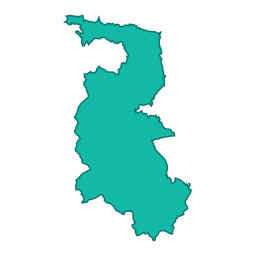 Teopantlán, Puebla, Mexico
{"feature_id": "50627088B18516269825492", "entity_name": "Teopantlán", "entity_type": "district", "adm_level": 2, "iso_a3": "MEX", "parent_name": "Mexico", "parent_adm1": "Puebla", "projection": "robinson", "projection_center": [-98.255, 18.735], "detail": "fine", "context": "isolated", "style": "filled", "palette": "teal", "viewbox_px": 256, "rotation_deg": 0, "n_neighbors": 0, "source": "geoboundaries", "source_scale": "gbopen_adm2", "svg_char_len": 5721}
<svg xmlns="http://www.w3.org/2000/svg" viewBox="0 0 256 256"><path d="M154.0,240.6L155.2,239.8L155.1,237.4L156.6,236.2L158.4,233.6L158.9,232.1L160.3,231.1L161.8,230.7L164.9,230.7L169.5,233.4L171.9,233.9L172.6,233.7L172.4,231.9L174.0,227.4L173.8,226.9L171.9,225.5L173.0,224.8L174.3,222.3L175.5,221.6L175.4,220.4L175.8,218.9L177.3,218.2L177.5,216.7L177.9,216.0L178.9,216.4L183.6,214.5L183.5,212.2L183.9,211.4L186.1,209.5L187.5,209.0L187.3,206.9L186.0,205.1L185.4,203.3L185.4,200.6L187.4,198.2L188.0,196.3L190.3,193.2L191.1,190.6L190.7,189.5L188.5,188.4L188.6,187.1L189.9,185.7L189.8,183.8L189.2,183.6L189.6,185.0L189.1,185.9L187.1,185.9L187.4,184.8L186.7,184.2L186.7,184.6L185.5,184.9L184.5,183.8L184.5,183.1L181.4,181.1L181.3,180.6L180.5,180.0L175.3,178.1L174.8,181.9L172.3,183.8L171.7,183.3L171.7,182.5L170.7,180.8L171.1,179.6L170.8,179.0L168.6,177.4L167.3,178.1L166.9,177.5L167.5,176.0L166.1,175.0L166.9,173.8L166.3,173.2L166.7,170.9L167.2,170.0L167.2,165.5L165.0,159.7L155.2,149.4L155.0,147.0L154.0,146.2L153.6,143.9L152.7,142.7L152.7,141.8L151.3,140.4L152.6,139.9L153.9,140.1L155.8,138.9L157.1,139.1L159.5,138.7L159.7,138.1L160.2,137.9L170.4,136.1L174.4,135.8L174.5,134.4L174.0,132.8L171.9,131.9L171.2,130.4L170.2,129.6L168.6,129.1L166.8,129.2L164.2,128.0L162.5,126.1L161.9,123.0L159.9,121.8L159.2,122.1L158.7,121.4L158.6,121.0L159.4,120.4L160.0,119.2L158.5,116.7L157.7,117.1L158.0,117.5L157.7,117.5L156.1,117.2L156.0,115.4L154.2,116.0L149.8,115.5L149.4,116.5L148.6,116.6L148.3,117.4L147.9,117.4L146.6,114.0L144.6,113.4L144.0,113.9L143.1,113.3L142.1,112.3L141.8,110.8L137.7,113.3L136.0,111.9L136.0,111.3L135.2,111.9L134.6,111.0L134.8,109.6L135.8,110.0L135.9,109.4L136.7,109.6L138.2,108.8L138.2,107.9L138.9,108.2L138.8,106.0L140.3,104.5L143.5,105.3L146.4,104.2L147.6,104.2L148.7,103.4L149.9,103.7L150.2,104.1L150.1,105.1L151.1,105.2L151.4,105.8L151.7,104.9L152.6,103.8L152.0,103.4L152.5,102.4L151.5,101.7L151.2,100.9L152.1,100.4L152.0,98.5L152.9,98.4L153.5,99.0L153.8,98.3L154.5,98.1L154.0,96.5L154.6,96.2L154.5,95.2L155.2,95.0L155.5,93.7L156.6,93.6L158.4,90.4L159.1,90.2L160.5,88.4L161.4,87.9L162.0,86.8L164.4,85.5L164.4,80.3L163.1,77.6L164.2,77.7L165.1,77.1L165.5,76.3L165.0,75.6L163.6,75.4L163.5,71.6L162.7,70.4L162.6,69.3L162.8,67.2L161.6,64.7L160.9,61.5L161.9,59.2L159.2,55.4L161.3,53.5L161.6,52.7L160.8,48.5L160.3,47.9L159.7,47.9L159.4,47.3L160.0,46.3L159.2,44.7L159.1,42.6L159.3,39.5L160.4,37.7L159.8,35.8L159.4,36.0L159.4,34.7L160.8,32.9L160.8,32.1L158.4,33.6L154.1,31.4L152.7,31.8L146.8,31.0L146.1,30.2L145.5,30.5L140.7,28.8L140.1,29.2L139.6,27.8L137.4,27.9L136.5,26.8L136.7,26.0L135.8,26.6L134.6,25.0L132.1,24.5L131.2,24.9L130.6,24.3L129.4,24.3L128.7,25.8L128.1,25.3L126.2,25.4L125.2,25.0L124.4,25.8L121.0,26.8L119.8,26.4L118.8,24.7L116.2,24.3L115.6,24.8L115.5,25.5L113.7,24.9L113.5,23.9L112.3,23.6L110.9,24.2L110.3,23.6L108.5,23.3L106.9,23.8L106.4,24.2L106.5,24.6L104.0,24.8L100.1,21.6L98.9,17.5L97.8,20.8L94.7,22.8L91.8,21.8L88.6,21.5L85.9,20.2L84.4,20.4L83.9,21.2L83.9,19.5L83.5,19.2L82.8,15.4L82.1,15.4L80.1,16.6L79.8,16.2L78.6,16.8L77.0,16.3L75.5,16.6L73.7,15.8L72.4,16.3L71.2,15.5L70.6,15.8L69.9,15.5L66.2,16.2L67.4,17.5L67.7,18.8L66.6,21.0L64.9,22.1L66.5,22.4L68.0,24.0L69.6,24.4L70.0,24.9L71.5,24.2L71.4,22.8L72.6,22.7L73.3,22.8L73.5,23.7L74.5,24.1L77.3,23.8L79.4,24.6L80.1,25.3L80.9,25.2L81.0,25.8L80.4,27.1L80.7,27.6L80.0,27.6L80.5,29.1L82.4,30.2L82.7,33.1L81.8,33.3L81.7,33.6L81.0,33.5L77.8,31.0L76.0,31.3L75.7,32.0L76.4,33.2L78.0,33.9L79.1,35.2L80.1,35.3L80.0,36.1L81.9,38.5L81.6,40.5L81.8,43.3L82.4,44.1L83.0,46.1L84.1,45.7L85.3,43.3L87.0,41.1L88.1,42.2L87.8,42.9L88.6,44.6L93.7,39.1L95.6,38.3L99.8,38.8L102.2,37.4L104.5,37.4L106.9,39.4L110.3,41.1L111.0,42.0L111.5,41.2L112.5,40.7L112.7,41.4L115.6,43.3L117.5,42.6L117.8,43.5L120.7,41.6L122.0,41.9L122.6,42.9L123.0,45.7L124.9,46.2L124.1,48.1L128.7,55.5L128.1,56.8L126.8,56.4L127.3,57.4L127.3,58.8L126.7,61.2L125.6,63.2L125.0,63.6L124.1,62.9L122.9,62.9L121.5,63.6L120.9,67.7L118.1,70.0L118.9,71.4L118.4,74.4L116.8,74.0L116.1,74.3L113.4,72.2L107.3,72.0L105.0,69.9L102.1,68.8L99.7,67.3L99.1,66.2L96.7,69.2L96.6,71.4L95.4,71.9L95.1,72.7L92.9,72.9L91.3,72.7L90.7,71.6L90.2,71.5L89.6,72.5L88.5,72.8L87.3,73.9L84.3,74.1L84.6,75.8L84.3,76.2L84.4,77.3L85.3,78.0L86.0,79.3L85.8,80.9L84.1,81.9L83.9,84.8L86.2,88.3L87.3,92.7L88.2,93.8L88.6,96.1L88.3,97.1L81.3,103.3L79.1,106.4L76.3,114.4L74.5,117.3L75.4,118.7L76.7,119.5L78.1,122.0L77.2,125.3L75.9,127.6L75.4,130.1L74.6,130.9L74.8,132.3L77.2,135.1L78.2,135.5L80.2,138.9L78.0,140.5L76.6,143.5L76.9,145.4L76.2,147.4L75.3,148.6L75.8,151.0L76.9,151.7L77.9,153.2L80.0,154.7L80.0,156.8L81.3,158.1L82.0,160.6L82.1,162.2L83.4,163.4L86.5,164.2L87.5,164.8L89.9,168.0L90.0,169.6L82.1,174.0L78.6,178.2L76.1,180.0L76.6,182.1L76.5,183.9L75.8,185.7L76.0,189.8L77.4,189.3L79.7,190.1L80.9,191.2L81.9,192.9L82.1,193.7L81.2,194.3L83.0,195.6L83.2,197.2L83.9,198.5L83.5,200.5L82.2,202.0L82.1,202.9L83.4,202.8L84.6,202.1L86.5,202.5L89.1,199.4L91.5,199.6L92.6,198.9L94.5,198.4L94.7,198.0L96.1,197.7L100.7,194.8L101.5,194.6L103.2,195.3L103.2,196.9L104.4,197.9L104.6,198.9L104.3,200.2L105.8,201.9L107.6,203.1L109.2,203.2L111.1,203.9L113.8,206.8L115.1,209.1L116.1,209.6L116.3,210.6L121.1,212.8L122.0,213.5L122.2,214.1L123.9,214.5L124.5,213.2L124.5,211.5L131.6,211.0L131.7,211.7L133.1,213.1L133.2,214.7L132.8,215.7L133.4,216.2L133.0,218.1L133.5,219.8L134.7,221.2L134.3,222.2L135.0,222.5L135.1,223.5L134.3,224.2L132.3,224.6L132.1,225.5L133.1,227.8L134.3,228.7L135.4,230.4L135.3,231.9L136.2,231.9L135.8,233.2L136.8,235.1L137.3,235.6L137.8,235.1L139.1,235.2L143.3,232.7L145.5,233.9L147.8,233.1L148.1,233.8L149.0,234.3L149.3,235.7L152.2,237.7L153.0,238.7L152.7,239.7L154.0,240.6Z" fill="#14b8a6" stroke="#0f766e" stroke-width="1.5"/></svg>